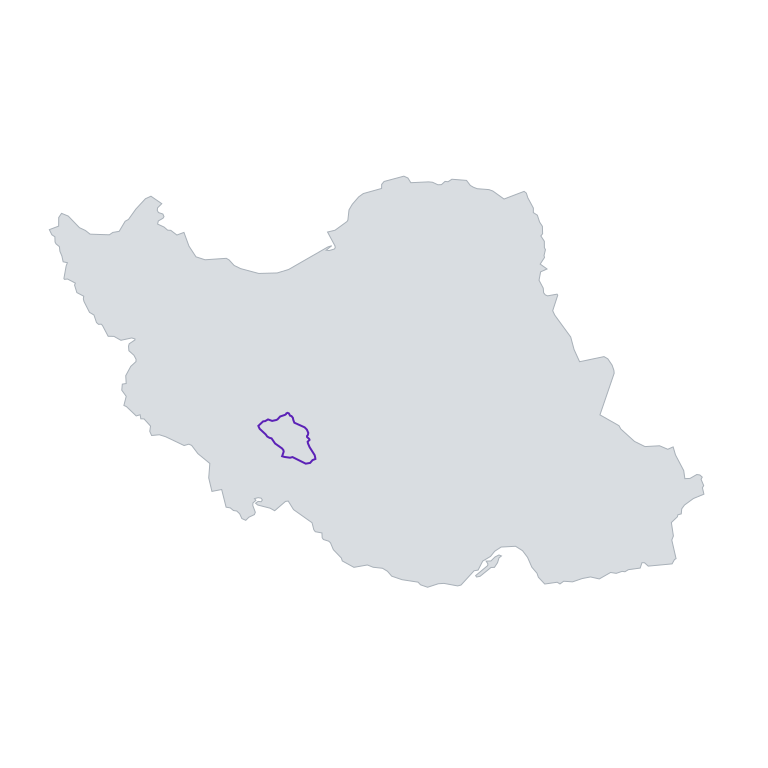 Chahar Mahall and Bakhtiari highlighted on a map of Iran, rotated 345°
{"feature_id": "IRN-3218", "entity_name": "Chahar Mahall and Bakhtiari", "entity_type": "Province", "adm_level": 1, "iso_a3": "IRN", "parent_name": "Iran", "parent_adm1": "", "projection": "orthographic", "projection_center": [50.632, 31.874], "detail": "coarse", "context": "in_parent", "style": "outline", "palette": "violet", "viewbox_px": 768, "rotation_deg": 345, "n_neighbors": 0, "source": "natural_earth", "source_scale": "10m", "svg_char_len": 4429}
<svg xmlns="http://www.w3.org/2000/svg" viewBox="0 0 768 768"><g transform="rotate(345 384 384)"><path d="M368.8,222.6L376.5,222.8L390.3,217.5L391.5,216.4L395.3,206.7L399.9,202.2L408.0,196.7L413.3,194.7L432.3,194.5L433.4,190.6L436.5,188.4L457.0,188.4L460.4,191.2L462.0,196.5L479.4,200.3L483.1,201.7L487.6,205.5L491.1,206.3L495.4,204.1L498.2,205.2L502.6,203.8L516.4,208.7L518.8,214.6L521.4,217.2L524.6,219.5L535.7,223.4L539.1,225.8L547.8,236.4L569.2,234.2L570.9,236.5L571.1,241.3L573.8,252.7L572.6,257.1L575.8,260.6L576.2,267.8L577.8,272.7L576.1,279.9L573.8,281.6L575.8,287.6L574.2,293.8L574.7,296.0L571.8,301.4L571.8,303.3L565.9,308.6L571.2,315.1L564.3,316.2L560.6,323.9L562.6,332.6L561.8,337.2L562.8,339.6L564.8,341.2L574.4,342.0L574.8,343.2L565.9,356.9L566.8,361.8L576.5,386.9L576.5,399.9L578.7,413.1L603.6,414.5L606.7,417.6L609.2,424.8L609.6,430.3L609.1,433.2L584.6,469.7L600.2,485.1L601.1,488.8L611.1,504.3L619.9,512.0L634.2,515.0L641.2,520.5L647.0,519.6L647.2,528.0L651.1,545.2L650.1,553.3L655.2,554.4L662.7,552.4L665.5,553.6L667.3,556.3L665.6,558.1L666.5,564.9L664.7,566.6L664.5,573.2L653.2,574.7L642.9,578.7L639.3,581.6L637.5,586.4L634.0,586.4L633.0,588.2L625.7,592.2L624.2,605.7L621.6,609.2L620.9,628.3L619.2,628.7L615.7,632.3L592.1,628.3L589.3,624.0L586.9,623.4L583.8,628.1L572.0,626.6L568.1,627.7L565.5,626.6L559.3,627.0L554.1,624.7L541.5,628.0L533.5,623.8L525.1,623.2L514.9,623.9L506.5,621.0L502.2,622.7L500.0,620.3L487.5,618.8L483.1,610.6L482.8,606.4L479.4,599.2L477.8,588.6L474.7,580.9L469.1,574.8L454.9,571.8L447.6,574.2L442.3,578.1L433.5,580.6L426.7,588.1L422.7,587.7L406.4,598.1L402.9,598.1L390.3,592.1L384.8,591.0L373.5,591.6L367.3,587.4L365.6,584.2L350.8,577.7L341.7,571.6L338.9,565.8L334.9,561.6L326.1,558.2L321.1,554.5L307.5,553.3L297.9,544.1L297.8,541.1L292.2,530.9L291.2,523.5L289.9,521.5L285.2,518.5L284.5,516.5L285.5,511.8L279.4,508.9L278.5,506.6L278.6,499.4L264.1,481.9L261.2,472.3L258.5,471.9L245.6,478.1L241.9,474.5L230.7,468.2L229.1,465.9L232.0,464.8L234.8,465.9L236.5,464.6L235.8,462.5L233.0,461.2L229.2,461.2L230.2,463.2L226.6,465.0L225.8,467.4L226.5,474.6L225.0,476.6L219.0,477.7L215.2,479.9L211.9,477.2L211.0,472.0L208.9,468.6L205.8,467.2L203.5,463.9L199.6,462.1L199.9,443.9L190.0,443.2L190.4,429.3L195.2,415.7L186.2,403.1L182.3,393.5L179.9,391.6L175.0,391.7L159.4,378.4L153.9,374.9L146.2,373.6L145.5,369.1L147.6,364.2L144.2,357.6L143.2,355.6L140.1,354.7L140.5,350.6L136.4,350.7L129.3,339.1L127.2,337.4L131.8,329.2L129.1,322.1L131.2,316.4L135.1,316.8L136.7,309.1L144.0,301.4L150.2,298.2L150.9,295.9L149.9,291.5L146.2,285.9L147.0,281.4L148.3,279.2L154.8,277.0L155.1,276.0L152.2,274.2L141.2,273.7L135.5,268.1L129.9,266.5L127.2,254.5L126.3,253.0L123.7,252.5L122.2,250.2L121.7,242.3L118.1,238.6L115.6,226.8L115.6,224.0L116.7,221.5L111.0,216.2L110.7,208.4L112.0,206.7L105.5,200.7L102.4,200.2L102.1,199.3L107.6,187.6L109.6,184.9L105.7,182.9L106.0,177.0L105.3,172.0L106.0,167.3L103.5,163.8L103.0,161.7L104.2,156.6L101.8,153.9L100.7,148.3L110.6,147.3L112.9,139.0L116.7,135.7L122.5,140.1L130.3,154.2L135.3,158.4L138.9,163.2L157.3,168.8L161.3,167.4L167.7,168.0L176.1,159.8L179.8,158.9L189.6,150.8L201.5,143.3L207.5,142.3L216.0,152.3L210.9,155.2L209.9,157.6L210.5,160.0L214.4,162.6L214.8,165.4L213.4,166.7L208.2,168.1L206.7,170.9L212.2,175.5L214.8,179.4L217.8,180.4L222.5,186.5L230.0,185.8L231.3,200.4L235.3,212.5L243.3,217.7L264.2,221.8L266.5,224.1L269.9,230.7L275.3,235.4L291.6,244.8L309.6,249.1L321.5,248.7L365.2,237.1L369.3,236.9L362.8,239.8L365.4,240.9L371.0,240.8L372.2,239.7L372.4,237.9L368.8,222.6ZM450.1,581.7L447.4,586.0L443.2,589.7L439.9,588.9L427.0,594.6L423.5,594.4L422.9,592.8L437.2,586.2L437.8,584.6L436.8,581.5L441.5,582.6L446.5,579.8L450.8,578.9L452.9,580.5L450.1,581.7Z" fill="#d9dde1" stroke="#a8b0b8" stroke-width="1"/><path d="M283.4,386.9L284.5,387.8L285.1,390.3L286.3,391.0L287.2,393.0L287.1,395.5L287.4,398.2L296.1,405.3L297.7,408.1L298.2,411.7L297.3,413.5L296.1,414.4L296.0,415.4L297.5,417.6L297.6,418.7L295.3,420.0L295.2,421.8L295.8,425.8L298.6,434.8L298.5,437.5L298.3,438.7L295.3,439.0L292.2,441.1L287.8,440.7L276.7,430.9L274.2,430.9L269.0,428.7L266.9,427.4L269.6,423.4L269.7,421.8L268.8,419.8L263.4,413.3L261.3,407.4L259.5,406.4L257.6,404.5L256.7,402.1L252.3,395.1L251.9,392.9L251.8,391.9L257.6,388.8L259.6,389.1L262.8,388.2L266.4,390.7L270.7,390.9L272.0,390.6L275.3,388.5L280.3,388.2L281.5,387.8L282.1,387.1L283.4,386.9Z" fill="none" stroke="#5b21b6" stroke-width="2"/></g></svg>